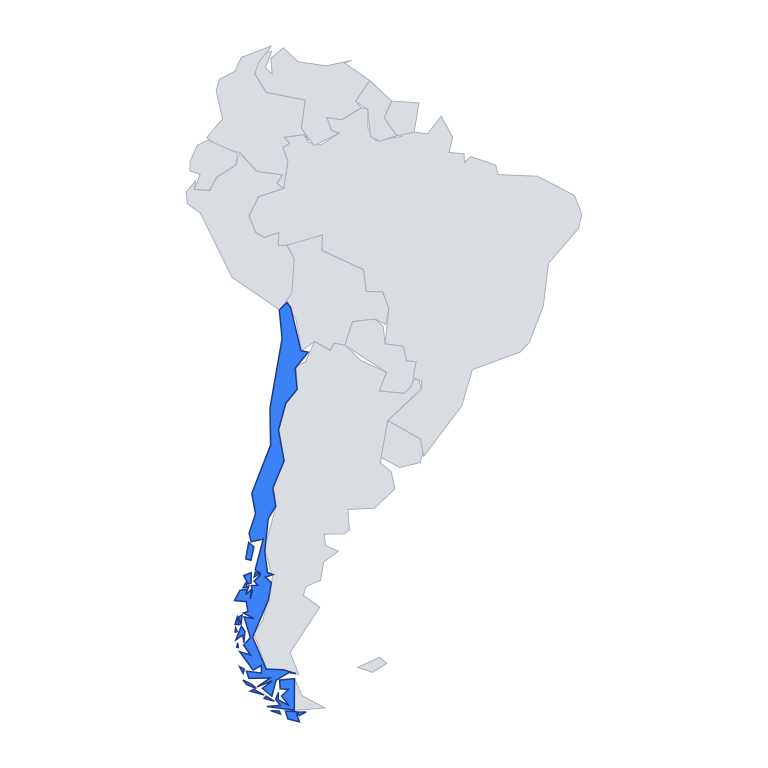 South America, with Chile highlighted
{"feature_id": "CHL", "entity_name": "Chile", "entity_type": "country or territory", "adm_level": 0, "iso_a3": "CHL", "parent_name": "South America", "parent_adm1": "", "projection": "mercator", "projection_center": [-72.304, -36.699], "detail": "medium", "context": "in_parent", "style": "filled", "palette": "blue", "viewbox_px": 768, "rotation_deg": 0, "n_neighbors": 12, "source": "natural_earth", "source_scale": "50m", "svg_char_len": 5696}
<svg xmlns="http://www.w3.org/2000/svg" viewBox="0 0 768 768"><path d="M294.5,678.4L302.0,695.6L324.8,707.9L294.5,710.4L294.5,678.4ZM387.8,420.7L380.4,463.0L391.2,471.8L394.9,488.8L374.2,508.3L347.8,509.4L349.5,529.8L344.4,533.8L324.3,534.2L325.4,545.4L338.3,551.2L323.7,562.0L320.5,580.3L305.8,586.5L303.4,595.6L319.8,607.2L290.2,652.4L298.6,674.4L266.7,669.7L253.9,633.7L263.1,619.9L272.5,577.2L264.7,547.7L276.0,506.5L273.4,486.2L284.4,460.5L278.4,432.0L285.8,403.6L297.3,388.7L296.3,366.3L305.5,361.7L314.5,341.5L330.5,350.3L333.9,343.0L343.5,343.4L360.5,360.3L386.5,372.3L379.4,390.8L404.1,393.3L417.4,375.9L421.5,388.9L387.8,420.7Z" fill="#d9dde1" stroke="#a8b0b8" stroke-width="1"/><path d="M357.5,667.5L379.9,657.3L386.7,663.4L372.7,672.3L357.5,667.5Z" fill="#d9dde1" stroke="#a8b0b8" stroke-width="1"/><path d="M387.8,420.7L420.3,438.8L425.2,445.6L420.1,462.6L399.7,467.4L381.0,457.6L387.8,420.7Z" fill="#d9dde1" stroke="#a8b0b8" stroke-width="1"/><path d="M423.8,456.2L420.3,438.8L387.8,420.7L421.5,388.9L421.7,381.3L413.2,377.7L416.0,361.6L406.6,361.0L403.3,346.3L385.1,343.9L388.8,308.5L382.6,291.9L366.3,291.5L363.4,269.7L321.9,250.5L322.4,234.9L297.5,245.7L278.2,245.7L278.8,232.6L264.4,237.5L255.5,232.4L249.1,215.8L258.4,196.6L283.8,188.3L287.8,161.3L282.8,147.2L289.5,143.4L284.4,137.3L303.8,134.5L307.8,142.2L320.6,145.1L339.1,133.1L331.5,130.6L326.8,117.4L341.4,119.8L361.4,107.7L367.8,109.3L367.9,128.4L375.9,140.6L401.6,136.4L401.8,130.5L427.5,133.8L441.2,116.1L452.6,137.1L449.1,152.5L464.1,153.8L464.4,162.3L470.8,156.7L495.6,165.0L498.3,174.6L537.3,176.2L574.5,195.5L581.8,214.2L578.5,228.4L548.4,263.4L543.4,305.8L529.2,342.5L520.3,351.9L472.3,369.7L461.8,405.7L423.8,456.2Z" fill="#d9dde1" stroke="#a8b0b8" stroke-width="1"/><path d="M286.9,245.2L322.4,234.9L321.9,250.5L363.4,269.7L366.3,291.5L382.6,291.9L388.8,308.5L385.8,324.6L375.1,319.1L352.5,321.6L344.9,345.3L333.9,343.0L330.5,350.3L314.5,341.5L301.3,351.0L296.1,319.5L286.4,303.2L294.2,259.1L286.9,245.2Z" fill="#d9dde1" stroke="#a8b0b8" stroke-width="1"/><path d="M283.8,188.3L258.4,196.6L249.1,215.8L255.5,232.4L264.4,237.5L278.8,232.6L278.2,245.7L286.9,245.2L294.2,259.1L291.7,293.6L279.7,310.0L232.0,277.3L200.2,212.9L187.5,203.9L186.2,192.0L195.6,180.7L194.4,189.4L209.7,190.4L216.5,177.3L235.9,165.0L239.6,152.3L256.9,171.4L282.5,174.9L277.0,183.6L283.8,188.3Z" fill="#d9dde1" stroke="#a8b0b8" stroke-width="1"/><path d="M309.4,141.2L303.8,134.5L284.4,137.3L289.5,143.4L282.8,147.2L287.8,161.3L283.8,188.3L277.0,183.6L282.5,174.9L256.9,171.4L239.6,152.3L220.0,148.4L206.7,137.5L222.5,119.1L216.1,90.4L219.5,79.3L234.8,71.4L241.3,57.3L271.0,46.1L254.9,73.9L266.3,92.4L305.4,100.0L301.4,127.9L309.4,141.2Z" fill="#d9dde1" stroke="#a8b0b8" stroke-width="1"/><path d="M361.4,107.7L341.4,119.8L326.8,117.4L331.5,130.6L339.1,133.1L314.0,145.7L301.4,127.9L305.4,100.0L266.3,92.4L254.9,73.9L258.3,62.7L266.2,52.7L271.6,51.3L265.3,67.8L272.2,74.0L271.0,58.3L283.4,47.9L298.2,61.8L326.2,65.9L351.7,60.4L344.5,63.0L369.7,80.6L355.7,101.2L361.4,107.7Z" fill="#d9dde1" stroke="#a8b0b8" stroke-width="1"/><path d="M397.0,135.7L380.0,141.1L370.6,136.7L367.8,109.3L355.7,101.2L369.7,80.6L391.8,101.1L384.2,117.4L397.0,135.7Z" fill="#d9dde1" stroke="#a8b0b8" stroke-width="1"/><path d="M414.1,132.2L397.0,135.7L388.0,123.5L384.2,117.4L391.8,101.1L418.9,102.9L414.1,132.2Z" fill="#d9dde1" stroke="#a8b0b8" stroke-width="1"/><path d="M237.3,153.1L235.9,165.0L216.5,177.3L209.7,190.4L194.4,189.4L200.1,174.3L189.9,170.9L190.2,160.8L197.4,145.3L207.8,140.1L237.3,153.1Z" fill="#d9dde1" stroke="#a8b0b8" stroke-width="1"/><path d="M383.2,326.5L385.1,343.9L403.3,346.3L406.6,361.0L416.0,361.6L411.8,386.0L404.1,393.3L379.4,390.8L386.5,372.3L344.9,345.3L352.5,321.6L375.1,319.1L383.2,326.5Z" fill="#d9dde1" stroke="#a8b0b8" stroke-width="1"/><path d="M279.3,310.0L287.0,302.5L290.6,307.4L300.9,350.6L308.2,352.2L295.1,368.4L297.1,389.4L285.8,403.2L278.5,429.9L284.1,460.9L272.8,488.1L275.7,506.3L268.3,518.3L264.7,551.4L267.5,572.5L273.1,574.6L265.4,577.1L271.4,582.6L268.5,599.9L252.6,637.1L266.2,669.1L283.2,669.7L295.9,673.6L289.3,672.4L276.1,680.2L271.9,696.1L262.4,688.4L272.5,680.8L257.0,686.9L270.1,678.0L248.9,678.4L246.5,671.2L261.5,673.1L261.3,665.5L253.1,670.1L239.7,651.7L250.6,655.1L243.6,645.2L250.4,637.5L244.0,616.8L254.1,618.6L243.4,613.0L247.8,611.6L246.3,601.6L234.5,600.6L239.9,590.4L247.6,589.1L249.3,584.7L245.7,594.6L251.2,589.6L250.3,598.9L252.4,590.7L251.3,585.6L258.0,585.3L254.0,581.1L260.2,575.0L260.3,573.1L255.2,569.9L263.2,539.1L251.2,541.8L249.1,533.2L255.5,513.8L251.8,493.4L270.6,445.0L270.0,408.1L282.1,338.4L279.3,310.0ZM294.5,678.6L294.3,710.2L266.8,706.5L280.3,705.4L275.6,699.3L278.4,692.4L278.3,699.7L289.2,705.8L281.6,696.1L288.3,689.4L280.1,688.8L279.7,680.0L294.5,678.6ZM250.9,560.3L245.7,558.9L248.7,542.4L253.9,547.0L250.9,560.3ZM244.9,631.5L243.9,642.7L242.8,635.1L235.8,639.9L241.4,626.1L244.9,631.5ZM285.4,711.1L296.0,711.7L299.4,721.9L287.9,718.9L285.4,711.1ZM251.2,572.6L251.1,583.0L248.1,583.7L243.7,575.6L251.2,572.6ZM253.7,689.3L264.2,695.0L250.3,691.2L253.7,689.3ZM266.0,696.1L274.4,701.3L264.2,698.4L266.0,696.1ZM306.2,712.0L299.2,715.6L297.3,712.1L306.2,712.0ZM242.0,614.9L241.2,624.8L238.4,617.1L242.0,614.9ZM239.2,624.7L235.0,624.3L237.2,617.0L239.2,624.7ZM259.4,574.0L254.1,577.1L255.3,572.1L259.4,574.0ZM239.6,666.7L244.4,669.1L243.1,673.4L239.6,666.7ZM242.9,680.0L251.9,684.5L256.3,688.5L246.7,684.6L242.9,680.0ZM247.0,587.2L243.1,587.8L246.4,581.9L247.0,587.2ZM270.7,710.7L279.3,711.0L280.4,714.0L270.7,710.7ZM235.6,627.8L237.2,631.6L235.1,632.1L235.6,627.8ZM237.7,642.8L238.4,647.6L236.7,647.2L237.7,642.8Z" fill="#3b82f6" stroke="#1e3a8a" stroke-width="1.5"/></svg>